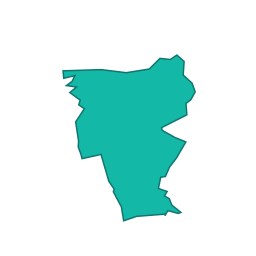 Anderson, Tennessee, United States of America (Mercator projection), rotated 114°
{"feature_id": "52423323B19003785608571", "entity_name": "Anderson", "entity_type": "district", "adm_level": 2, "iso_a3": "USA", "parent_name": "United States of America", "parent_adm1": "Tennessee", "projection": "mercator", "projection_center": [-84.178, 36.106], "detail": "fine", "context": "isolated", "style": "filled", "palette": "teal", "viewbox_px": 256, "rotation_deg": 114, "n_neighbors": 0, "source": "geoboundaries", "source_scale": "gbopen_adm2", "svg_char_len": 779}
<svg xmlns="http://www.w3.org/2000/svg" viewBox="0 0 256 256"><g transform="rotate(114 128 128)"><path d="M193.2,58.7L187.3,57.9L185.6,47.4L183.6,45.4L180.6,56.6L175.8,61.5L175.2,67.1L170.1,66.4L170.9,75.6L159.7,78.1L157.1,74.1L146.9,74.2L135.6,71.5L117.2,69.5L117.6,81.5L116.2,96.0L113.9,97.4L92.0,79.6L82.0,85.0L76.6,82.1L67.7,81.3L61.0,87.7L57.2,99.1L44.4,103.8L41.5,113.0L48.2,117.2L51.4,127.1L65.5,132.6L78.2,152.1L85.6,176.3L102.2,210.6L108.7,206.9L101.7,197.8L108.0,198.0L114.3,201.5L111.5,191.7L119.3,195.6L122.0,183.0L126.9,182.4L128.2,175.7L143.7,178.3L160.1,167.8L165.7,165.7L170.8,160.6L174.7,157.5L163.1,141.9L184.6,123.7L189.5,115.7L192.2,115.5L202.7,102.0L214.5,94.2L205.2,84.2L191.4,58.7L193.2,58.7Z" fill="#14b8a6" stroke="#0f766e" stroke-width="1.5"/></g></svg>